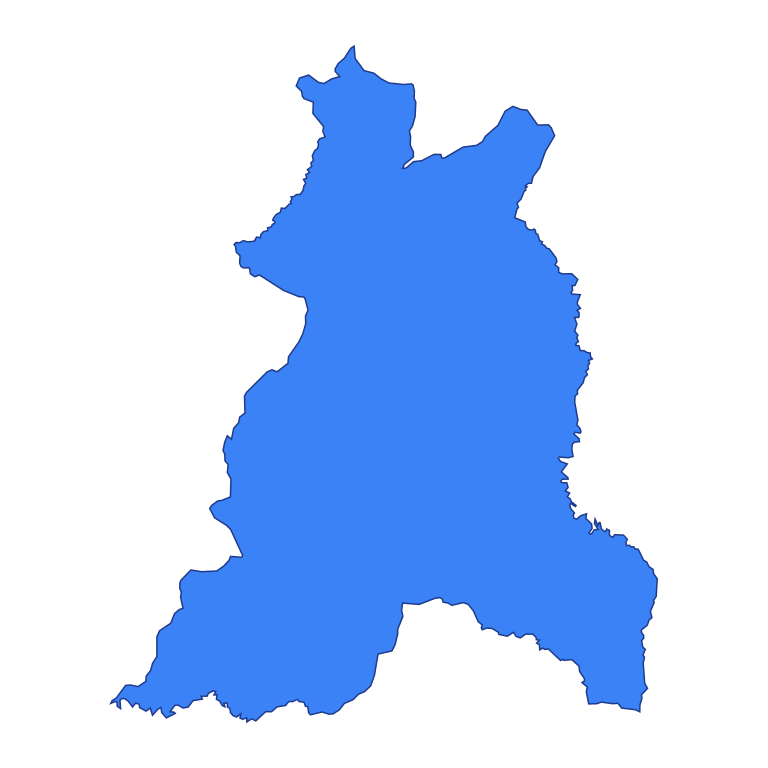 the district of La Palma, Cundinamarca, Colombia
{"feature_id": "7082276B19897165223150", "entity_name": "La Palma", "entity_type": "district", "adm_level": 2, "iso_a3": "COL", "parent_name": "Colombia", "parent_adm1": "Cundinamarca", "projection": "orthographic", "projection_center": [-74.393, 5.347], "detail": "fine", "context": "isolated", "style": "filled", "palette": "blue", "viewbox_px": 768, "rotation_deg": 0, "n_neighbors": 0, "source": "geoboundaries", "source_scale": "gbopen_adm2", "svg_char_len": 6106}
<svg xmlns="http://www.w3.org/2000/svg" viewBox="0 0 768 768"><path d="M554.6,135.7L551.2,127.7L548.5,124.8L537.7,125.1L527.1,110.1L521.3,109.6L512.9,106.4L505.2,111.1L497.9,125.4L485.3,136.4L482.5,141.6L476.5,145.4L463.1,147.1L444.1,158.2L441.8,157.9L440.8,154.5L434.0,154.4L421.7,160.7L413.5,161.7L406.3,168.0L402.7,168.3L404.3,164.4L413.4,157.0L413.4,152.0L410.2,145.2L410.6,136.8L409.4,131.0L412.6,125.6L415.1,116.3L415.8,102.2L414.1,98.4L414.4,91.0L413.1,85.1L411.5,83.9L404.0,84.5L388.9,83.0L381.1,78.9L373.9,73.2L364.0,70.6L355.1,58.4L354.1,46.1L350.7,48.4L344.5,58.1L338.2,63.6L335.1,69.0L335.3,71.5L339.7,76.6L331.6,78.9L324.0,83.5L318.3,82.3L308.6,75.0L299.5,78.1L296.2,86.0L301.6,91.4L302.4,96.2L304.0,98.6L313.3,102.2L312.9,113.4L323.6,126.6L322.9,131.5L325.1,137.0L319.7,138.8L317.8,141.5L318.5,145.0L317.4,148.6L314.6,150.8L312.3,155.9L313.4,160.4L310.9,163.0L311.7,166.4L307.4,169.7L309.6,172.5L305.8,174.5L306.7,178.4L303.5,179.3L305.8,183.6L304.0,185.7L303.0,190.5L300.2,194.3L296.4,194.6L293.8,196.6L291.0,196.9L292.0,199.1L290.3,201.5L291.4,203.5L289.3,204.1L285.0,208.4L281.3,208.1L280.4,212.2L275.9,214.7L273.2,218.6L272.8,220.3L274.9,221.5L274.5,223.5L272.4,224.3L271.3,226.9L267.6,227.8L267.8,230.6L263.4,231.7L260.9,234.5L260.4,237.7L256.5,237.1L254.4,241.2L247.7,241.9L243.3,240.6L239.8,242.7L235.9,242.6L234.1,244.6L235.5,246.2L236.3,252.2L240.1,255.9L239.6,262.9L240.9,266.3L243.4,267.9L249.3,267.7L250.5,273.9L254.7,276.7L259.5,275.0L283.7,290.5L299.0,296.7L303.7,296.9L305.3,299.4L308.0,310.1L305.5,316.0L305.7,323.7L302.8,333.9L298.7,342.2L288.5,356.8L288.0,363.3L277.1,371.8L272.0,369.8L267.1,371.9L246.5,392.4L244.5,396.1L245.0,413.0L239.6,417.2L238.7,422.6L233.7,428.3L231.5,439.2L227.3,435.8L224.7,442.3L223.0,450.4L224.8,454.3L225.0,460.8L228.2,464.6L227.3,472.4L231.0,479.1L230.4,496.9L221.8,500.4L217.8,500.9L211.7,505.4L209.7,508.5L214.6,517.8L226.2,525.1L230.7,529.5L242.7,555.6L241.5,557.3L230.6,556.4L229.0,560.4L223.7,566.1L216.7,571.0L201.5,571.7L190.9,570.0L181.1,580.1L179.9,582.8L179.8,588.5L181.3,592.1L180.6,597.3L183.0,608.3L179.2,609.6L174.6,613.5L170.7,623.3L159.6,630.7L156.9,636.7L156.9,656.5L152.5,663.4L150.7,670.3L146.2,676.2L145.8,681.5L138.0,686.6L130.4,685.0L125.6,685.4L116.6,697.7L112.0,700.9L110.8,703.4L114.7,701.7L117.0,702.1L117.2,706.2L120.6,708.6L120.0,700.3L121.8,698.6L124.6,698.6L128.3,701.3L132.5,706.9L135.6,703.2L139.1,704.1L139.7,707.7L146.0,711.1L150.3,708.1L152.5,715.3L157.9,709.2L160.8,707.4L161.8,712.7L166.4,717.9L175.3,713.4L174.2,712.2L170.1,711.7L175.0,705.3L177.8,705.0L183.1,708.0L188.1,707.1L193.1,700.6L202.4,699.1L201.1,696.2L207.1,696.2L208.3,693.4L213.4,690.8L215.8,691.5L213.9,694.9L217.0,694.9L216.4,699.3L219.5,700.9L222.4,705.7L224.9,706.8L223.9,703.2L227.3,703.0L227.4,706.9L229.9,708.5L230.5,712.7L233.4,715.9L236.8,717.0L240.8,713.8L240.0,718.1L242.6,719.2L246.7,718.0L246.8,721.9L251.7,718.8L255.8,720.9L265.6,711.7L271.6,711.7L277.2,706.8L285.6,705.5L288.7,701.6L292.9,701.5L297.5,699.3L298.9,701.5L304.1,702.3L305.4,706.2L307.8,706.8L308.7,712.9L310.4,714.8L321.9,712.0L328.9,714.1L333.0,713.9L339.3,709.9L344.4,703.4L353.4,699.5L358.4,694.2L364.5,691.7L370.7,685.8L374.5,675.0L378.0,654.1L391.9,650.9L395.0,644.9L397.7,634.0L397.7,629.2L402.9,616.3L401.6,610.5L402.6,603.1L419.2,604.4L434.7,598.4L439.6,597.6L442.3,599.0L443.1,602.2L448.0,603.0L451.8,605.3L463.5,602.6L468.5,604.6L473.5,611.0L478.2,621.7L482.2,624.9L481.3,627.8L482.2,629.8L486.7,628.0L492.1,628.5L498.2,632.1L498.9,634.4L507.3,636.2L513.5,632.3L516.2,636.5L520.3,637.9L525.7,634.1L532.8,634.1L536.1,637.3L536.3,639.7L539.5,640.1L536.6,643.1L539.4,644.7L539.7,649.8L542.9,648.1L544.6,649.4L548.4,649.0L560.6,660.5L562.8,659.4L563.8,660.3L571.9,659.7L579.0,666.1L579.6,671.5L584.4,678.6L584.5,680.8L582.0,682.6L587.3,687.0L586.3,691.6L588.7,703.9L596.8,703.7L601.4,702.1L612.6,703.7L617.8,703.3L621.8,708.1L635.3,709.7L639.8,711.8L639.9,705.2L641.9,698.4L641.5,694.7L647.5,688.4L644.7,683.3L643.2,663.0L644.5,657.4L643.0,655.0L645.3,649.4L642.8,647.1L641.6,640.6L643.7,638.2L643.7,635.6L641.4,632.2L641.4,630.0L647.2,625.3L649.0,620.1L651.9,617.6L650.4,611.4L654.2,602.4L653.5,600.6L656.2,596.4L657.2,578.7L653.7,573.9L653.1,569.5L649.0,566.7L646.7,562.0L643.6,560.2L638.2,549.2L635.0,548.9L633.8,546.8L630.8,546.7L629.6,545.3L626.5,545.6L625.9,541.9L627.3,539.3L623.5,535.1L614.5,534.7L613.2,537.0L610.5,536.3L609.4,534.9L609.5,530.4L606.8,529.0L605.4,531.6L604.4,531.5L601.2,528.6L600.2,522.8L599.3,522.5L597.9,525.4L595.1,519.1L594.4,523.4L598.1,529.5L594.3,529.8L591.7,533.7L589.7,533.9L589.0,532.8L592.1,528.5L591.6,524.0L585.9,518.5L586.5,513.8L580.6,515.8L576.4,519.3L573.9,518.1L573.2,515.0L574.5,513.0L570.7,508.6L569.7,504.7L570.8,503.4L575.3,506.5L576.1,505.5L571.3,501.7L570.2,498.8L567.3,497.0L569.6,493.0L565.3,490.9L568.1,487.5L566.8,482.7L561.9,482.8L560.7,481.4L562.2,479.2L568.1,479.1L567.9,477.6L561.3,471.9L567.3,463.9L560.7,461.6L558.3,458.4L559.4,457.1L568.3,457.7L573.1,456.5L571.8,449.1L572.3,444.3L574.5,442.1L579.4,441.7L579.2,438.9L573.9,434.0L575.1,432.2L580.2,433.1L581.0,431.8L580.1,428.7L576.8,424.7L577.9,420.1L574.7,402.1L575.1,395.9L577.6,393.9L577.3,390.3L583.2,382.7L584.5,377.7L587.3,374.8L585.8,371.1L588.5,369.1L587.8,366.1L589.6,363.2L588.5,360.5L592.4,358.9L590.6,357.0L590.2,352.9L587.4,352.7L584.0,350.7L580.3,350.6L579.0,345.8L575.7,345.3L576.0,343.4L578.4,341.6L576.8,337.6L577.9,335.2L574.7,331.2L576.9,324.1L574.5,317.4L578.4,317.5L579.1,316.6L579.0,312.4L576.9,310.3L580.5,308.5L577.4,304.4L577.3,302.1L580.3,294.7L571.8,294.0L570.9,292.9L572.6,290.5L572.1,285.8L574.9,285.5L577.8,279.5L571.7,273.7L562.5,273.9L558.7,272.4L558.7,267.7L555.0,264.9L557.0,261.3L555.8,257.6L549.2,248.8L546.6,248.2L544.8,245.6L541.6,244.0L542.4,241.8L539.6,240.7L537.7,234.2L535.8,233.4L535.3,230.1L534.0,229.0L531.9,230.1L528.4,229.4L525.9,226.7L525.3,222.0L514.7,217.7L517.0,209.1L518.5,207.4L517.0,203.2L521.1,199.0L524.1,191.4L525.8,190.1L525.4,188.5L527.1,186.8L525.2,186.0L528.4,183.3L531.5,183.2L533.1,176.5L539.5,168.0L545.3,151.5L554.6,135.7Z" fill="#3b82f6" stroke="#1e3a8a" stroke-width="1.5"/></svg>